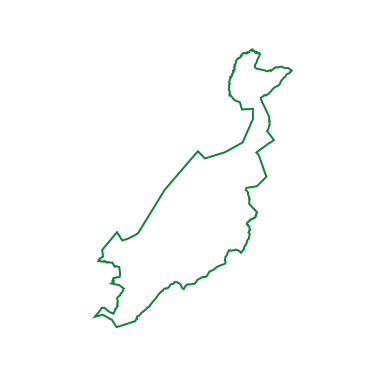 Alcozauca de Guerrero, Guerrero, Mexico, rotated 232°
{"feature_id": "50627088B7685110871098", "entity_name": "Alcozauca de Guerrero", "entity_type": "district", "adm_level": 2, "iso_a3": "MEX", "parent_name": "Mexico", "parent_adm1": "Guerrero", "projection": "equal_earth", "projection_center": [-98.38, 17.368], "detail": "fine", "context": "isolated", "style": "outline", "palette": "green", "viewbox_px": 384, "rotation_deg": 232, "n_neighbors": 0, "source": "geoboundaries", "source_scale": "gbopen_adm2", "svg_char_len": 6045}
<svg xmlns="http://www.w3.org/2000/svg" viewBox="0 0 384 384"><g transform="rotate(232 192 192)"><path d="M125.2,67.7L125.9,69.3L125.6,70.6L126.9,70.8L127.2,71.7L127.7,72.1L127.7,72.4L127.2,73.3L127.1,73.8L127.8,78.1L127.9,84.0L128.0,84.6L128.5,85.6L128.4,86.0L128.0,86.7L128.2,87.5L128.2,89.0L128.7,89.5L130.0,95.3L130.6,98.5L132.2,103.9L132.2,105.3L132.4,105.8L132.3,106.0L132.4,106.9L132.2,107.1L132.3,107.6L132.1,108.3L132.7,109.1L132.8,110.9L132.7,111.4L131.9,111.8L131.8,112.1L131.8,112.8L131.5,112.9L131.2,113.3L131.3,115.0L132.2,118.1L132.2,119.0L131.5,120.0L131.1,121.1L131.1,121.5L131.7,122.4L131.7,123.2L131.6,123.4L130.8,123.8L130.6,124.2L130.2,124.3L129.6,124.9L129.0,125.1L128.5,125.6L127.8,125.6L126.8,126.0L125.3,125.9L122.9,125.1L120.5,125.7L121.7,128.3L122.1,130.0L121.9,131.6L120.2,133.8L118.1,138.0L119.4,142.2L118.5,148.1L118.2,148.7L117.7,149.2L116.9,149.6L116.5,151.7L118.5,156.5L117.4,161.4L117.4,162.0L117.7,162.7L117.5,164.1L117.6,164.8L117.6,166.1L117.1,167.2L117.1,167.8L116.2,170.7L115.3,173.0L115.3,173.7L115.6,174.9L115.9,175.3L118.0,175.9L119.7,178.0L120.3,178.4L120.3,179.0L120.8,180.4L121.7,182.1L122.2,182.5L122.6,184.2L123.2,184.6L123.3,185.4L121.8,186.8L121.2,187.1L121.1,188.0L120.6,188.9L119.8,189.6L119.7,190.8L119.5,191.2L119.0,191.3L118.7,191.8L118.0,192.1L117.5,192.6L116.4,192.6L115.4,193.1L114.1,193.0L114.0,193.8L114.0,194.5L114.4,195.0L114.6,195.9L114.7,197.2L115.1,197.4L115.3,198.0L115.7,198.2L115.7,198.6L116.5,199.2L116.6,200.0L116.9,200.3L117.3,201.9L117.6,202.0L117.5,202.8L118.0,203.6L119.0,204.4L119.2,204.9L119.7,205.3L120.1,206.7L120.1,207.8L120.4,207.9L120.5,208.4L121.4,209.0L121.6,209.6L123.2,211.5L123.7,211.5L124.2,211.8L125.3,211.6L125.5,212.3L126.2,213.0L126.2,214.2L126.4,214.7L127.0,214.5L127.6,214.6L127.8,214.7L128.1,215.2L128.7,215.6L129.8,215.8L130.1,215.7L130.3,215.4L131.0,215.7L131.4,215.6L131.6,215.9L132.9,215.3L133.5,216.0L133.9,217.2L133.7,217.6L133.8,218.0L133.7,218.4L133.9,219.4L134.2,219.7L133.9,220.2L134.2,221.4L134.1,222.0L133.5,222.7L133.7,223.0L133.5,223.8L133.8,224.4L133.2,225.1L133.2,225.6L133.0,226.2L133.4,227.2L134.1,227.3L134.1,228.3L134.7,229.0L135.2,228.9L135.3,229.4L136.0,230.7L136.7,231.0L137.2,230.6L139.0,230.6L139.7,230.3L140.4,230.6L142.1,230.2L145.3,230.1L147.1,229.7L148.0,230.1L149.0,231.2L149.6,231.5L150.1,232.2L151.2,232.5L151.6,232.9L151.2,233.1L151.1,233.3L151.3,233.4L152.0,233.3L152.6,233.7L154.4,234.2L155.3,234.8L156.3,235.0L156.8,235.3L157.2,235.9L159.3,235.9L159.8,235.6L161.0,236.0L161.7,237.5L156.6,246.6L158.2,260.0L180.2,267.4L183.5,267.0L183.1,282.3L182.8,283.5L182.6,288.5L193.2,288.7L193.8,288.6L194.0,289.0L194.4,290.5L195.6,292.0L196.2,293.0L196.6,293.3L197.6,295.1L199.7,295.9L199.9,296.1L200.0,296.9L200.7,296.8L202.0,297.6L202.8,298.2L203.4,299.1L218.0,302.3L219.7,302.5L220.5,303.0L223.1,303.6L223.8,304.0L223.8,305.9L223.6,307.0L223.8,308.3L223.3,309.0L223.2,309.5L222.8,309.4L222.4,310.1L222.4,310.4L222.6,311.1L222.2,312.1L222.2,313.4L222.8,315.2L222.5,316.4L223.3,318.0L223.6,319.9L223.4,320.7L223.6,321.6L222.8,325.3L222.7,326.4L223.0,327.8L224.3,329.8L224.7,330.8L225.0,331.6L225.0,332.7L225.5,334.2L225.7,335.4L225.4,335.9L225.4,336.5L226.1,337.8L226.4,339.5L225.9,341.1L225.7,342.4L226.0,343.2L226.3,343.6L226.0,344.8L226.4,345.4L227.6,345.1L228.7,344.5L230.1,344.4L231.5,342.6L233.5,340.8L235.7,339.8L237.6,335.8L238.9,334.7L238.9,328.7L239.7,328.8L240.8,325.6L243.2,324.1L249.6,318.6L252.2,318.6L252.6,319.0L253.8,320.7L253.9,322.0L255.6,324.3L258.5,330.2L259.1,330.5L260.2,330.6L260.5,330.2L260.9,329.0L261.7,329.0L262.0,328.1L262.5,328.3L263.0,327.7L263.2,327.8L263.2,328.4L263.6,327.9L264.6,328.0L264.7,327.6L265.4,327.5L265.8,326.7L266.8,327.3L267.4,327.4L267.5,327.2L267.5,326.6L267.3,325.3L267.7,324.5L267.0,323.6L267.2,322.0L267.5,321.9L267.3,321.7L267.3,321.2L267.7,321.4L268.3,321.2L268.5,320.6L268.1,319.8L268.7,318.9L269.2,319.0L269.4,318.5L270.0,317.6L269.7,316.2L269.2,315.7L269.5,315.0L269.4,314.3L268.5,314.1L268.6,313.5L268.4,312.5L268.4,311.6L268.8,311.3L268.9,311.0L268.9,310.5L268.6,309.9L268.7,308.9L268.5,308.1L268.2,307.7L268.0,307.2L267.2,306.6L266.8,305.8L265.8,304.6L265.9,304.1L265.9,303.5L264.6,303.3L264.4,303.0L264.5,302.0L263.8,301.8L262.9,301.3L262.4,301.4L262.1,300.7L262.4,299.9L262.4,299.0L262.3,298.9L261.7,299.4L261.4,299.0L261.2,299.0L260.0,295.9L259.6,296.0L259.1,295.3L258.7,294.2L259.2,293.4L259.1,292.7L258.7,292.7L258.4,293.0L258.1,292.8L257.5,291.8L257.4,290.9L255.3,288.5L254.3,288.6L253.9,287.8L253.8,287.5L253.6,287.7L250.5,284.4L249.5,283.8L249.2,283.9L248.3,283.7L247.5,283.4L247.3,283.0L246.8,282.5L246.3,282.5L246.1,281.8L245.8,281.6L245.6,281.7L245.0,281.1L244.6,281.9L238.4,281.9L233.3,285.0L226.3,282.2L220.0,291.3L219.9,291.3L219.9,291.0L212.1,285.1L199.9,262.4L203.1,242.1L210.5,222.9L220.5,221.7L218.1,209.5L210.5,171.8L192.8,124.3L192.9,121.3L194.8,112.3L196.7,107.2L206.5,108.1L201.7,85.6L195.8,82.1L196.2,79.3L196.4,79.0L195.8,77.1L196.0,76.7L195.4,76.5L195.2,76.0L195.0,76.4L194.6,76.5L194.4,77.0L192.9,77.7L192.2,78.9L191.5,80.6L191.0,80.4L190.9,80.1L190.2,80.8L189.8,81.5L188.5,81.6L188.3,81.8L188.4,82.4L188.1,83.2L187.7,83.4L186.1,84.6L185.7,85.6L184.8,85.6L184.1,85.8L183.7,85.5L183.0,85.6L182.4,85.3L181.8,85.4L181.4,85.0L181.0,85.4L180.7,85.2L180.4,85.6L180.0,86.8L177.6,88.5L171.0,84.4L169.6,82.7L169.8,82.0L171.1,80.3L171.1,79.6L171.4,79.0L172.5,77.4L172.3,76.6L171.9,76.3L171.4,75.3L171.0,75.8L170.5,76.0L170.0,75.7L169.9,74.9L169.4,74.8L169.3,74.5L170.0,73.8L169.8,73.4L169.3,72.9L169.4,72.3L163.2,77.5L157.7,78.8L155.9,74.9L155.8,74.1L156.0,73.2L155.4,72.7L154.7,71.6L155.0,70.0L154.7,68.0L153.0,66.8L151.6,66.3L151.3,65.8L151.0,65.1L149.9,64.9L149.7,64.4L149.1,63.9L149.1,63.5L147.6,63.1L147.5,62.6L147.6,61.6L147.4,61.5L147.3,61.1L146.9,60.3L147.0,60.0L146.9,59.5L146.6,59.3L146.5,58.6L145.5,57.4L145.1,56.4L144.4,55.4L144.4,55.2L145.5,54.9L145.9,54.3L148.9,52.9L154.5,51.8L156.3,49.7L154.5,43.9L154.3,42.3L153.5,38.6L150.4,45.8L149.7,46.3L140.5,50.2L131.9,49.4L125.2,67.7Z" fill="none" stroke="#15803d" stroke-width="2"/></g></svg>